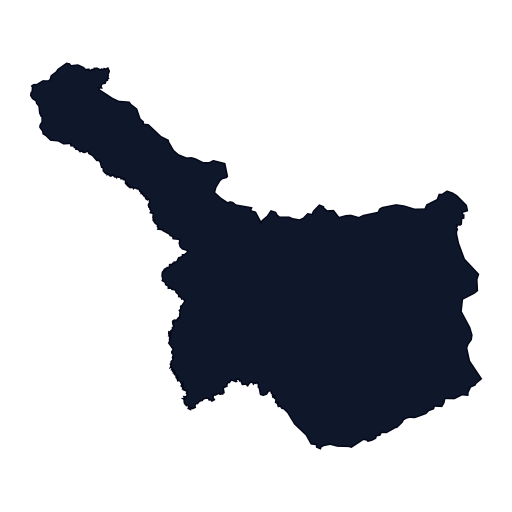 outline of Non Sa-At, Udon Thani, Thailand
{"feature_id": "78962969B30121377049744", "entity_name": "Non Sa-At", "entity_type": "district", "adm_level": 2, "iso_a3": "THA", "parent_name": "Thailand", "parent_adm1": "Udon Thani", "projection": "mercator", "projection_center": [102.818, 16.969], "detail": "fine", "context": "isolated", "style": "filled", "palette": "ink", "viewbox_px": 512, "rotation_deg": 0, "n_neighbors": 0, "source": "geoboundaries", "source_scale": "gbopen_adm2", "svg_char_len": 6026}
<svg xmlns="http://www.w3.org/2000/svg" viewBox="0 0 512 512"><path d="M330.2,444.2L337.5,446.1L348.9,446.4L351.3,447.2L363.4,439.3L366.9,440.0L367.9,441.2L372.0,440.1L375.6,438.2L376.3,435.7L379.8,435.2L381.3,432.4L386.4,432.5L395.5,427.4L396.7,427.4L402.0,422.3L403.4,419.7L406.4,418.0L409.6,417.2L414.7,417.5L425.8,413.5L428.7,410.5L433.5,408.8L434.3,406.0L441.8,406.4L443.9,402.7L444.8,398.4L454.3,398.6L462.0,394.7L467.8,395.2L468.0,392.3L470.6,386.8L474.8,385.2L476.1,383.1L481.3,378.8L469.4,361.0L466.6,347.9L468.0,344.1L471.2,339.7L471.9,335.1L469.7,327.6L461.1,311.5L462.4,299.2L474.1,293.2L477.4,290.6L476.8,279.4L478.5,274.3L464.3,259.2L458.4,243.2L456.5,234.3L456.4,231.7L457.4,229.5L456.2,227.0L457.2,226.2L457.1,224.8L460.3,225.0L461.3,224.1L461.6,218.5L463.7,218.2L463.8,215.0L462.5,214.7L462.4,212.2L467.4,210.7L466.3,205.4L456.9,195.9L452.5,193.1L447.0,191.2L442.1,194.5L439.2,194.4L437.3,199.6L426.8,204.9L425.0,209.1L414.6,209.3L404.3,206.1L396.1,204.9L382.3,207.6L379.7,209.1L378.2,212.4L363.4,215.5L358.9,217.7L350.9,215.4L346.1,215.7L338.9,217.6L333.5,210.6L327.0,210.9L323.4,207.7L323.5,206.8L319.4,205.1L313.5,211.3L312.1,214.6L307.7,213.8L303.5,218.2L299.6,220.0L292.3,218.7L289.1,217.2L279.5,217.2L276.9,215.0L275.6,212.4L271.0,210.9L267.3,216.3L262.2,220.6L261.0,222.6L255.5,212.2L250.5,210.7L251.6,207.8L235.6,205.0L232.9,202.6L230.1,201.9L227.7,202.9L220.6,198.2L214.4,192.5L215.9,187.2L219.8,180.7L222.0,178.7L226.4,177.5L227.4,176.3L224.8,163.6L213.3,160.7L209.5,162.7L203.2,162.8L195.3,158.9L191.6,157.8L186.5,158.1L178.3,154.8L173.4,150.5L168.2,141.4L168.3,140.4L160.8,136.6L148.3,124.8L143.0,124.2L143.3,121.9L140.0,119.0L136.6,109.0L130.9,104.6L129.1,102.2L118.7,101.4L112.3,98.4L99.4,89.9L98.5,87.8L101.7,88.0L101.0,86.4L101.9,83.9L105.2,83.2L106.1,80.3L107.4,80.3L107.3,79.3L108.5,78.3L107.7,77.5L108.3,75.8L107.8,75.2L109.3,71.3L107.9,68.0L105.9,69.1L104.2,68.6L104.2,69.5L101.4,69.1L100.8,70.0L96.9,68.2L94.2,68.4L94.4,69.7L92.2,69.4L89.5,70.9L88.9,69.2L85.4,69.6L83.6,67.6L77.9,65.0L70.9,65.8L69.5,63.9L66.6,63.3L57.9,69.5L56.4,71.9L51.2,75.8L50.2,79.5L48.5,81.0L43.0,80.9L36.8,84.6L33.8,84.6L31.7,86.0L32.5,87.1L32.2,91.4L31.1,92.7L30.7,95.5L32.6,98.6L36.0,100.8L36.7,103.4L39.0,106.1L39.7,113.0L41.1,116.2L42.1,116.8L42.1,121.9L40.1,125.2L39.9,127.3L42.8,131.3L43.1,133.8L46.1,135.6L50.6,140.1L58.5,140.9L63.6,143.8L70.3,143.4L71.0,145.8L74.1,145.9L74.3,147.5L76.0,147.7L75.9,149.2L78.3,149.5L80.0,151.7L82.7,150.9L82.8,152.0L84.4,152.5L88.0,151.1L89.0,153.6L92.5,155.4L96.8,160.5L98.8,160.4L100.3,162.2L101.6,167.3L103.2,167.7L103.3,170.9L105.7,173.5L107.5,173.6L107.1,174.6L108.9,174.3L109.3,175.5L110.9,176.2L112.0,174.9L113.3,175.7L113.9,175.1L114.6,176.9L116.2,176.9L116.6,177.6L116.9,176.9L121.0,177.6L121.0,178.8L123.8,178.4L123.4,179.6L124.7,179.6L125.5,180.7L125.5,183.4L126.2,184.1L127.4,183.3L127.1,185.0L128.6,184.9L127.9,185.9L129.2,187.0L130.0,186.6L130.1,187.6L133.0,187.5L133.5,188.7L134.6,187.6L137.5,189.0L138.5,188.4L140.0,191.5L140.8,191.6L141.1,193.4L142.3,193.0L142.5,194.4L143.6,194.4L143.6,195.8L146.0,196.6L145.3,197.5L146.0,198.9L147.5,199.8L147.9,198.9L149.2,199.6L149.7,202.3L148.3,204.8L148.9,207.2L149.9,207.2L149.9,209.3L151.2,210.3L150.3,212.7L153.3,213.5L152.9,218.0L154.4,219.0L153.0,220.0L155.4,223.5L157.8,224.7L157.3,226.5L158.4,227.8L157.8,229.1L162.8,229.8L162.8,230.5L169.6,234.2L170.1,235.5L172.7,236.4L173.1,238.7L178.8,239.3L179.9,240.6L179.2,243.1L180.2,246.7L182.4,248.9L187.6,250.5L187.0,252.7L184.5,254.6L182.4,254.8L182.3,256.6L178.6,257.8L176.7,262.0L174.2,262.1L174.4,263.3L173.0,263.1L172.3,264.3L169.6,264.6L169.3,267.4L167.6,267.4L164.6,269.2L165.3,269.7L165.0,270.6L163.9,270.4L162.4,272.2L162.0,275.9L162.8,278.8L162.2,280.6L165.1,282.2L165.7,284.7L168.3,286.1L168.3,288.3L171.5,288.1L171.9,289.4L175.3,289.9L176.2,292.5L178.7,294.6L178.7,296.6L180.8,297.0L181.7,299.1L183.2,298.7L184.9,301.2L182.0,305.5L180.7,306.2L180.7,309.3L179.3,310.5L180.1,311.8L179.5,317.6L178.5,317.6L176.4,320.4L174.5,320.0L173.1,320.8L173.9,321.8L172.6,321.9L173.1,325.0L174.3,326.5L172.4,327.6L172.6,329.5L170.9,330.6L171.0,332.4L168.9,331.7L168.7,333.7L169.5,334.0L168.4,334.4L169.9,334.4L169.1,335.5L170.3,335.4L169.4,336.4L170.8,337.9L169.6,338.1L169.5,341.7L168.7,343.0L173.3,349.4L171.7,351.8L171.9,353.3L173.4,354.6L172.6,357.0L173.5,357.3L172.5,358.1L173.2,359.6L171.1,361.5L171.1,363.6L170.3,364.1L171.1,365.7L170.3,367.6L171.4,367.1L172.2,368.1L171.6,369.5L173.1,369.3L172.4,370.8L173.2,371.9L174.7,371.1L175.3,372.4L174.0,373.2L174.9,373.5L174.6,374.6L176.8,375.3L176.0,375.9L176.1,377.3L177.3,377.0L177.0,378.2L178.0,378.0L177.3,379.1L177.7,380.7L178.4,380.3L180.3,381.4L181.7,384.2L182.9,382.7L183.1,383.9L181.3,385.7L182.6,386.0L181.9,386.7L183.0,387.3L182.6,388.6L183.9,388.3L183.3,389.7L187.2,391.3L186.4,393.3L187.4,394.0L186.3,396.7L183.8,396.6L184.7,398.7L183.1,398.7L184.0,399.3L184.3,402.8L185.5,404.8L186.5,405.5L186.8,404.7L188.0,404.9L188.4,406.7L189.2,406.6L188.2,408.5L190.7,409.6L191.1,407.8L192.6,408.6L195.3,407.4L194.9,405.9L195.5,403.7L197.5,403.6L199.4,401.2L202.4,400.4L202.5,399.6L204.8,398.4L208.3,398.1L209.1,400.0L210.7,399.7L211.8,401.1L214.4,399.7L213.1,397.8L213.3,394.8L215.0,395.2L218.8,393.3L219.8,394.2L222.9,393.9L223.3,392.4L224.0,392.5L223.2,387.9L227.0,386.1L226.7,384.9L227.7,383.1L228.5,382.2L229.4,382.5L231.3,379.9L236.0,381.7L236.6,381.4L236.0,380.8L236.4,379.5L239.0,379.1L239.6,381.0L241.0,381.0L242.3,384.5L245.9,384.1L247.6,385.8L249.5,383.0L251.2,382.1L252.7,382.5L253.4,384.1L254.4,382.9L255.9,383.4L256.1,382.5L257.0,382.5L258.4,384.4L258.3,387.2L259.3,388.1L260.5,394.4L263.2,395.3L266.6,394.1L268.3,391.4L270.1,390.6L271.2,391.5L271.3,393.1L273.2,394.8L272.5,395.4L272.9,397.1L274.3,396.4L273.8,397.5L276.1,399.4L275.5,402.2L276.4,403.0L278.2,402.5L277.4,403.4L278.3,406.5L280.4,406.1L281.9,408.3L283.9,408.7L287.8,412.6L294.7,424.0L306.2,434.9L311.2,443.9L316.5,444.6L316.6,447.1L320.4,448.7L321.1,446.8L323.7,445.5L330.2,444.2Z" fill="#0f172a" stroke="#020617" stroke-width="1.5"/></svg>